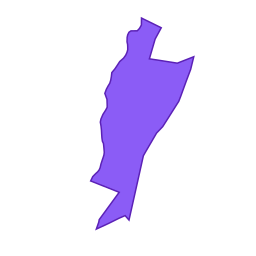 outline of Angical do Piauí, Piauí, Brazil, rotated 208°
{"feature_id": "56859067B59305730389641", "entity_name": "Angical do Piauí", "entity_type": "district", "adm_level": 2, "iso_a3": "BRA", "parent_name": "Brazil", "parent_adm1": "Piauí", "projection": "equal_earth", "projection_center": [-42.727, -6.089], "detail": "fine", "context": "isolated", "style": "filled", "palette": "violet", "viewbox_px": 256, "rotation_deg": 208, "n_neighbors": 0, "source": "geoboundaries", "source_scale": "gbopen_adm2", "svg_char_len": 1101}
<svg xmlns="http://www.w3.org/2000/svg" viewBox="0 0 256 256"><g transform="rotate(208 128 128)"><path d="M145.7,232.1L156.4,231.8L158.6,231.7L167.7,231.4L164.5,225.2L164.6,221.3L165.5,218.1L168.3,216.6L171.0,215.1L172.1,213.0L172.0,210.1L171.3,207.6L169.3,203.6L167.6,201.6L166.4,199.6L165.0,197.0L164.4,194.3L164.2,191.2L164.7,187.6L166.5,182.8L166.9,178.2L167.3,174.2L168.3,169.3L166.8,165.5L165.7,162.1L165.1,159.0L165.3,155.6L165.3,152.0L164.7,147.7L162.3,145.5L160.0,143.4L157.4,138.9L156.1,136.5L156.1,133.4L156.5,128.3L156.1,123.2L155.2,120.2L152.7,117.0L150.4,113.6L148.3,110.1L146.3,106.9L144.4,104.3L142.4,102.8L140.3,99.7L138.7,97.2L137.5,95.3L136.6,92.9L136.1,90.3L135.6,87.2L134.9,83.3L134.0,80.0L133.8,77.5L134.2,75.1L135.1,72.6L136.3,68.6L136.1,63.7L105.6,67.1L110.4,33.6L109.6,31.1L108.5,23.9L100.3,34.7L93.5,44.2L89.4,49.3L83.9,47.2L101.4,110.7L101.3,114.7L100.4,137.0L98.0,145.5L97.2,155.6L96.5,164.9L95.7,175.4L96.4,181.2L98.6,196.8L100.2,209.2L103.4,221.8L114.9,208.4L133.4,202.0L141.6,199.1L145.8,219.3L145.7,232.1Z" fill="#8b5cf6" stroke="#5b21b6" stroke-width="1.5"/></g></svg>